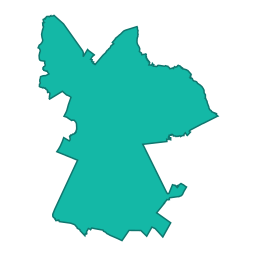 Oriental, Puebla, Mexico (Robinson projection)
{"feature_id": "50627088B61096049889972", "entity_name": "Oriental", "entity_type": "district", "adm_level": 2, "iso_a3": "MEX", "parent_name": "Mexico", "parent_adm1": "Puebla", "projection": "robinson", "projection_center": [-97.583, 19.328], "detail": "fine", "context": "isolated", "style": "filled", "palette": "teal", "viewbox_px": 256, "rotation_deg": 0, "n_neighbors": 0, "source": "geoboundaries", "source_scale": "gbopen_adm2", "svg_char_len": 5546}
<svg xmlns="http://www.w3.org/2000/svg" viewBox="0 0 256 256"><path d="M39.4,86.5L40.4,87.1L42.0,87.5L42.4,87.8L42.7,87.9L43.0,87.6L43.4,87.5L44.3,88.2L45.4,88.1L45.5,88.2L45.8,89.1L46.1,89.3L46.6,89.8L46.8,89.8L47.5,90.3L47.5,92.1L47.6,92.4L48.1,92.1L48.4,92.1L49.6,92.9L49.9,93.4L49.8,94.7L49.4,96.3L49.5,97.4L49.2,98.6L49.6,99.1L62.4,91.3L66.6,95.0L67.4,95.2L69.6,96.2L71.0,97.3L68.4,104.7L66.9,110.2L66.3,111.8L64.0,116.3L66.8,117.2L68.3,118.3L71.7,120.5L72.5,120.1L74.3,120.3L74.6,120.7L76.0,122.4L76.5,123.9L76.7,127.8L76.6,128.4L76.8,128.8L76.7,129.5L76.2,130.2L76.1,131.3L75.6,132.0L75.9,132.2L75.1,133.2L74.8,133.0L73.9,134.0L73.6,134.2L72.8,134.1L70.9,135.6L70.7,135.2L69.6,136.3L70.2,138.9L70.0,140.0L69.3,140.9L63.7,137.6L62.3,141.6L60.3,146.1L58.7,148.9L56.8,151.7L77.6,160.2L54.7,209.4L52.8,214.2L52.8,216.1L53.1,216.8L53.5,217.4L55.2,218.7L55.0,219.3L55.7,220.0L55.8,220.6L56.4,220.6L57.2,220.3L57.9,220.5L58.2,220.1L58.9,220.2L59.4,221.6L69.6,223.0L71.1,223.3L74.7,224.7L77.3,227.7L77.3,228.3L79.9,229.6L80.1,230.6L84.9,235.7L85.3,233.8L85.5,233.6L86.6,234.0L86.8,233.7L86.6,233.2L86.7,232.8L86.5,232.3L86.8,231.1L87.3,230.4L88.4,228.5L89.9,229.1L90.6,229.7L91.7,228.0L91.9,228.0L94.6,228.6L102.9,230.1L103.2,230.3L103.5,231.2L105.6,232.2L106.8,233.5L108.6,234.4L109.9,235.2L117.6,238.5L122.0,240.6L129.0,230.4L140.9,230.5L146.7,236.2L151.9,227.1L155.2,228.6L157.9,231.5L162.8,237.0L170.7,222.8L156.6,212.8L164.5,203.1L164.2,203.0L166.0,200.9L166.9,199.5L167.3,199.7L168.2,199.8L169.3,199.6L169.1,199.1L169.1,198.8L169.7,197.8L177.4,196.7L178.6,196.6L178.9,196.7L179.2,196.4L181.1,195.8L182.4,194.6L183.9,191.4L185.6,188.5L186.5,187.0L184.9,186.0L183.4,184.8L183.2,184.8L181.0,183.5L180.1,184.1L179.2,184.9L177.1,185.8L178.3,186.5L177.2,187.6L176.8,187.0L176.3,186.7L175.2,185.3L174.7,185.2L174.6,185.4L172.5,184.7L169.0,193.3L168.1,193.7L167.5,193.6L167.1,193.2L166.1,191.5L142.8,144.3L166.9,141.5L166.7,139.2L168.1,139.5L168.5,139.0L169.5,139.0L169.9,139.6L170.7,139.8L170.7,137.8L168.5,137.5L168.6,136.5L168.7,136.4L169.2,136.3L169.2,135.3L171.0,135.3L171.3,135.2L170.9,134.6L172.1,134.3L173.3,135.2L173.4,136.0L175.3,136.0L175.7,136.1L175.9,136.5L178.0,136.2L178.1,136.4L179.9,135.7L180.5,136.6L182.1,135.7L183.9,135.5L183.7,134.8L185.3,132.8L187.0,135.3L187.3,135.5L190.4,132.1L189.3,131.5L189.5,130.7L190.6,129.9L201.9,123.9L203.6,123.2L217.5,116.2L217.9,116.1L217.4,115.6L216.2,114.6L216.5,113.7L215.1,113.1L215.1,113.4L212.1,111.8L211.6,111.7L211.2,110.7L209.6,109.6L209.6,109.2L209.0,108.3L208.8,106.9L208.6,106.5L208.5,106.1L207.3,103.0L207.1,101.8L206.9,101.0L206.3,100.1L205.6,98.2L205.2,98.2L205.4,97.4L205.4,94.8L204.1,92.8L204.0,90.2L203.2,88.6L201.9,86.6L201.2,86.0L200.2,85.1L197.5,83.3L196.9,82.2L196.3,81.7L195.7,81.4L193.7,80.9L192.9,80.1L192.3,78.6L191.8,78.2L191.2,78.4L190.8,78.4L190.7,78.2L190.5,78.3L190.3,78.2L190.4,77.8L190.7,77.6L190.7,77.4L190.3,77.2L190.8,77.0L190.8,76.8L190.5,76.6L190.5,76.4L190.4,75.9L190.7,75.2L190.9,75.2L191.0,75.1L190.8,75.0L190.8,74.9L191.1,74.7L191.0,74.1L187.9,70.6L186.2,69.7L183.8,69.0L182.9,69.0L182.7,68.8L182.7,68.5L182.2,68.4L182.4,67.9L181.6,67.5L181.3,67.6L181.1,66.9L180.6,66.8L180.3,66.2L179.8,65.9L178.9,65.7L178.3,65.3L177.8,65.5L176.9,66.8L176.5,66.8L175.8,67.2L175.4,67.1L174.7,66.6L173.3,68.0L174.0,68.7L173.0,68.4L172.4,68.0L172.2,68.2L169.8,68.7L169.2,67.6L167.8,66.5L167.8,66.3L166.6,66.1L165.6,65.7L164.6,66.2L164.2,66.2L160.0,65.5L158.6,65.4L158.3,65.3L157.7,65.5L157.4,66.1L156.7,66.5L156.0,66.5L155.2,66.3L153.3,66.1L153.8,64.7L153.6,64.6L152.7,64.7L152.6,63.8L152.4,63.5L152.0,64.8L151.4,64.9L151.3,65.2L150.7,65.0L148.9,64.9L149.3,64.0L149.7,62.4L149.1,61.5L148.4,61.7L148.3,60.5L147.8,60.2L147.6,59.7L147.2,60.0L147.1,59.9L147.1,59.4L146.9,58.5L146.3,58.0L146.5,57.9L146.4,57.0L146.2,57.1L145.9,55.7L146.3,54.6L145.8,53.9L144.2,54.4L143.5,54.4L141.8,54.7L141.4,53.0L139.4,51.5L139.7,49.7L139.7,48.5L138.9,46.6L137.5,44.3L137.0,42.3L137.0,40.3L137.1,40.0L137.0,39.2L137.2,38.7L137.2,38.1L137.5,37.2L137.8,36.6L137.8,35.6L138.1,34.2L137.9,33.9L137.7,32.9L138.0,30.4L137.6,29.8L137.4,28.8L137.4,27.5L137.0,26.6L125.8,30.1L124.1,30.8L123.3,31.4L120.1,34.6L119.6,34.8L118.5,35.9L115.4,38.4L115.3,39.0L112.3,42.5L113.7,43.8L111.0,45.8L110.0,48.0L108.9,48.7L108.0,49.9L107.3,50.3L106.4,51.4L105.7,52.7L105.3,53.1L104.7,53.6L102.9,55.3L95.8,63.7L95.3,64.5L94.7,64.4L94.9,63.9L93.1,63.4L93.6,62.0L91.7,61.6L92.2,59.8L90.6,59.4L92.0,57.0L92.5,56.4L94.0,55.2L93.7,55.0L94.1,54.7L88.6,50.6L87.6,49.5L83.2,56.7L83.4,53.0L82.6,50.8L63.5,23.9L54.0,15.4L53.4,15.8L52.2,16.1L50.9,16.2L50.8,15.7L49.5,16.5L49.2,16.8L48.5,16.4L46.8,16.5L46.0,17.3L45.9,17.8L45.2,18.1L45.0,18.3L45.0,18.9L44.5,18.7L44.0,19.1L43.7,19.3L43.2,19.4L43.1,19.6L43.7,21.6L43.4,22.0L43.5,22.4L43.2,22.6L43.8,22.8L42.7,23.3L42.8,25.2L43.2,25.3L43.0,26.0L43.5,26.5L43.5,27.0L42.8,29.1L42.6,29.4L42.8,29.8L42.4,30.4L41.6,34.4L42.0,37.3L42.7,39.9L42.7,40.6L42.3,41.9L41.6,43.0L41.2,43.4L40.5,44.3L39.5,44.9L39.2,45.2L38.1,47.8L39.2,48.3L39.9,49.4L40.2,50.4L40.3,51.0L40.1,51.7L39.8,52.2L39.1,55.5L39.3,58.6L39.5,59.4L39.8,60.0L40.7,60.6L44.0,61.1L44.6,61.2L44.8,61.3L44.6,63.1L45.2,64.6L45.2,65.3L44.6,66.4L43.7,66.7L43.6,67.0L43.2,67.4L42.9,68.0L43.0,68.7L43.3,69.0L43.1,69.3L43.5,69.5L43.7,70.3L44.7,70.5L45.2,70.9L45.9,70.9L46.3,71.2L46.5,71.0L46.8,71.0L47.3,71.2L47.5,71.8L48.0,72.7L48.9,73.9L47.8,74.6L45.8,75.5L45.2,75.7L44.8,75.6L43.0,75.8L40.7,76.6L40.5,76.8L40.3,78.5L39.9,79.5L39.8,81.3L40.3,83.0L39.9,83.9L39.5,84.2L39.4,86.5Z" fill="#14b8a6" stroke="#0f766e" stroke-width="1.5"/></svg>